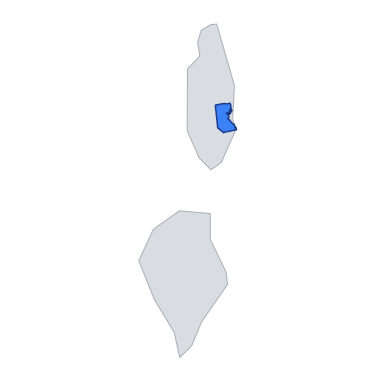 Safata, Tuamasaga, Samoa (highlighted), rotated 254°
{"feature_id": "51752279B93742903917224", "entity_name": "Safata", "entity_type": "district", "adm_level": 2, "iso_a3": "WSM", "parent_name": "Samoa", "parent_adm1": "Tuamasaga", "projection": "albers", "projection_center": [-171.851, -13.971], "detail": "fine", "context": "in_parent", "style": "filled", "palette": "blue", "viewbox_px": 384, "rotation_deg": 254, "n_neighbors": 0, "source": "geoboundaries", "source_scale": "gbopen_adm2", "svg_char_len": 3756}
<svg xmlns="http://www.w3.org/2000/svg" viewBox="0 0 384 384"><g transform="rotate(254 192 192)"><path d="M140.6,121.9L166.9,144.6L177.4,174.7L166.2,203.6L141.4,196.5L105.4,202.7L93.4,200.7L64.5,165.4L44.5,149.5L36.3,134.6L61.9,136.2L99.0,126.2L140.6,121.9ZM346.6,262.0L282.5,262.1L250.8,251.2L239.5,251.1L212.3,228.3L208.1,216.3L222.4,208.4L252.1,204.2L311.6,221.6L320.6,237.0L334.3,238.7L344.9,245.4L347.7,256.2L346.6,262.0Z" fill="#d9dde1" stroke="#a8b0b8" stroke-width="1"/><path d="M240.3,238.7L240.4,240.0L240.4,240.7L240.4,241.4L240.4,241.7L240.4,242.0L240.4,242.5L240.3,242.9L240.3,243.0L240.2,243.3L240.1,243.6L240.0,244.2L240.0,244.3L240.0,246.3L240.0,246.9L240.0,247.6L239.8,248.7L239.8,249.4L239.7,250.8L239.7,251.0L239.6,251.9L240.1,252.0L240.5,252.0L240.8,252.0L241.0,252.0L241.4,252.0L241.7,252.0L241.9,252.1L242.0,252.0L242.1,251.9L242.0,252.0L241.9,252.0L241.7,251.9L241.7,251.6L241.8,251.6L241.8,251.4L241.9,251.1L242.0,251.1L242.3,251.0L242.5,251.3L242.8,251.4L243.0,251.4L243.5,251.2L243.9,251.1L244.1,251.2L244.4,251.1L244.5,251.1L244.7,251.3L244.8,251.3L244.9,251.2L245.0,251.1L245.2,250.9L245.3,250.8L245.5,250.9L245.5,250.7L245.8,250.4L246.2,250.1L246.4,250.0L246.6,249.9L246.8,249.8L247.0,249.7L247.5,249.4L247.8,249.3L247.9,249.2L248.1,249.1L248.3,249.1L248.5,248.9L248.8,248.7L249.0,248.6L249.4,248.4L249.5,248.4L249.6,248.2L249.6,248.3L249.8,248.4L250.0,248.4L250.4,248.3L250.5,248.3L250.6,248.2L250.8,248.2L251.0,248.1L251.1,247.9L251.2,247.7L251.4,247.5L251.5,247.3L251.6,247.2L251.8,246.9L252.0,246.8L252.2,246.7L252.4,246.7L252.6,246.7L252.8,246.7L252.9,246.8L253.1,247.0L253.3,247.3L253.4,247.6L253.4,247.8L253.4,248.1L253.5,248.2L253.8,248.1L254.1,248.1L254.3,248.0L254.5,248.0L254.8,248.0L255.0,248.0L255.3,248.0L255.5,247.9L255.8,247.9L256.0,247.9L256.3,248.0L256.5,248.1L256.6,248.4L256.8,248.5L257.0,248.5L257.1,248.4L257.1,248.5L257.2,248.4L257.3,248.2L257.2,248.2L257.0,248.3L256.9,248.3L257.0,248.2L257.1,247.8L257.3,247.8L257.5,247.6L257.4,247.4L257.5,247.4L257.7,247.2L257.8,247.2L258.0,247.3L258.1,247.2L258.1,247.3L258.0,247.5L258.3,247.8L258.3,248.1L258.3,248.4L258.3,248.5L258.2,248.8L258.3,248.9L258.4,249.0L258.3,249.3L258.2,249.4L258.3,249.6L258.5,249.7L258.6,249.9L258.8,250.0L259.0,250.2L259.1,250.4L259.2,250.5L259.3,250.6L259.2,250.7L259.3,250.8L259.5,251.0L259.6,251.3L259.6,251.2L259.8,251.3L259.9,251.2L260.1,251.0L260.3,251.0L260.2,251.2L260.3,251.3L260.2,251.3L260.2,251.5L260.4,251.5L260.5,251.6L260.6,251.4L260.8,251.5L261.0,251.6L260.9,251.9L260.6,252.0L260.5,251.9L260.4,251.9L260.2,252.0L259.9,252.0L259.7,252.1L259.4,252.2L259.2,252.1L258.9,251.8L258.7,251.7L258.5,251.4L258.4,251.3L258.3,251.0L258.4,250.9L258.3,250.7L258.3,250.4L258.2,250.3L257.9,250.3L258.0,250.4L257.9,250.5L257.8,250.3L257.7,250.3L257.5,250.1L257.4,250.0L257.2,249.9L257.2,249.7L256.9,249.5L256.8,249.4L256.7,249.3L256.7,249.1L256.6,248.9L256.4,248.7L256.3,248.8L256.3,249.0L256.3,249.4L256.4,249.5L256.7,249.8L256.7,250.0L256.9,250.2L257.0,250.4L257.1,250.5L257.3,250.7L257.4,250.8L257.6,251.0L258.0,251.4L258.1,251.6L258.3,251.8L258.5,252.0L258.7,252.3L258.8,252.4L259.2,252.7L259.3,252.8L259.5,252.8L260.0,252.7L260.3,252.7L260.6,252.7L260.8,252.7L261.0,252.6L261.5,252.6L261.8,252.7L262.0,252.7L262.3,252.7L262.5,252.6L262.8,252.6L263.1,252.6L263.3,252.6L263.4,252.8L263.5,252.9L263.8,253.0L264.0,253.1L264.3,253.1L264.7,253.2L265.0,253.2L265.4,253.2L265.7,253.2L266.0,253.0L266.2,252.9L266.4,252.9L266.6,252.9L266.9,252.9L266.9,251.9L267.0,249.5L267.8,248.6L268.3,246.4L268.8,242.3L269.0,238.4L267.6,238.1L266.7,237.9L265.0,237.6L263.8,237.4L262.8,237.3L258.6,236.5L257.3,236.3L256.0,236.1L252.1,235.4L250.2,235.0L246.6,234.4L244.1,236.1L240.3,238.7Z" fill="#3b82f6" stroke="#1e3a8a" stroke-width="1.5"/></g></svg>